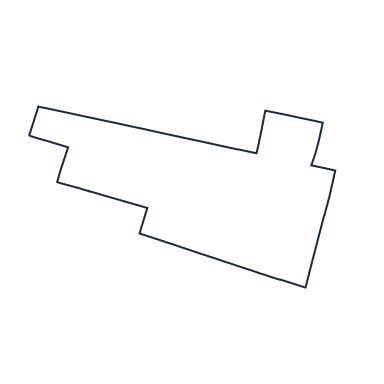 outline of Valea Macrisului, Ialomita, Romania, rotated 256°
{"feature_id": "2599482B8217368886513", "entity_name": "Valea Macrisului", "entity_type": "district", "adm_level": 2, "iso_a3": "ROU", "parent_name": "Romania", "parent_adm1": "Ialomita", "projection": "orthographic", "projection_center": [26.849, 44.758], "detail": "fine", "context": "isolated", "style": "outline", "palette": "slate", "viewbox_px": 384, "rotation_deg": 256, "n_neighbors": 0, "source": "geoboundaries", "source_scale": "gbopen_adm2", "svg_char_len": 2021}
<svg xmlns="http://www.w3.org/2000/svg" viewBox="0 0 384 384"><g transform="rotate(256 192 192)"><path d="M162.1,328.1L166.1,330.2L178.2,336.2L181.7,329.2L183.3,325.9L186.7,319.0L188.2,315.9L188.9,314.3L189.0,314.2L189.4,314.5L192.2,316.3L198.0,320.1L205.8,324.6L212.6,328.2L214.8,329.3L224.4,334.1L227.6,335.6L231.9,327.1L235.8,319.0L237.7,314.9L240.2,309.9L240.3,309.8L241.1,308.0L241.8,306.7L243.3,303.7L245.1,299.9L246.5,296.9L253.2,282.8L235.7,274.6L225.3,269.6L225.1,269.6L214.2,264.1L214.0,263.8L222.2,247.2L222.3,246.4L235.7,219.4L256.5,177.0L259.4,171.2L263.9,162.2L269.9,149.9L270.0,149.6L270.8,148.1L273.9,141.8L277.9,133.6L303.3,81.6L307.7,72.6L311.4,64.7L311.8,64.1L312.1,63.6L312.1,63.4L310.9,62.9L310.4,62.6L306.5,60.2L303.6,58.4L301.4,57.0L299.8,56.1L296.9,54.3L294.0,52.5L293.3,52.0L290.2,50.2L287.8,48.6L287.7,48.6L287.2,48.3L286.8,48.0L286.7,47.9L285.8,48.3L285.5,48.6L280.6,56.7L277.5,62.0L277.3,62.6L271.3,72.6L265.3,82.6L254.6,75.8L249.7,72.8L249.3,72.4L246.0,70.4L244.8,69.6L241.8,67.9L241.5,67.7L238.3,65.9L235.2,64.1L234.8,63.9L234.2,63.6L233.9,64.0L231.4,68.3L225.9,78.2L225.4,79.0L224.6,80.5L223.7,82.1L223.8,82.2L221.3,86.2L217.5,92.4L217.7,92.5L213.0,100.5L209.4,106.6L205.4,113.5L196.4,129.1L187.3,144.8L171.2,135.1L165.8,131.9L164.4,131.1L152.4,150.3L148.7,156.1L145.1,162.0L142.2,166.4L140.5,169.0L139.4,170.8L137.6,173.7L132.7,181.3L130.1,185.4L126.2,191.6L122.9,196.9L120.6,200.5L120.4,200.9L117.2,205.7L116.0,207.6L115.5,208.4L115.1,209.1L112.8,212.9L111.2,215.3L110.6,216.3L109.9,217.3L109.0,218.8L106.7,222.3L104.8,225.4L103.8,227.1L101.8,230.3L100.2,232.8L98.9,234.7L97.8,236.6L97.6,236.5L96.6,238.3L95.6,239.9L94.0,242.6L89.4,249.8L87.5,252.9L86.3,254.8L86.1,255.1L85.8,255.9L85.6,256.6L78.8,267.7L71.9,278.8L71.9,279.1L92.0,289.9L111.6,300.6L111.9,300.7L124.2,307.4L137.5,314.7L137.8,315.2L140.6,316.6L142.2,317.5L143.7,318.3L145.3,319.2L146.6,320.0L148.3,320.9L153.2,323.6L157.0,325.6L157.9,326.0L160.0,327.1L162.1,328.1Z" fill="none" stroke="#1e293b" stroke-width="2"/></g></svg>